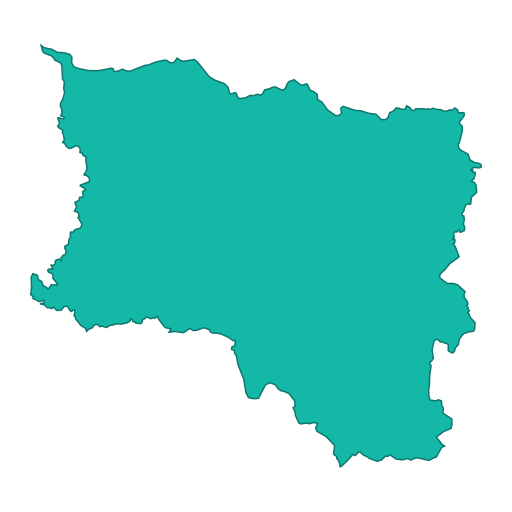 the district of Miarinarivo, Itasy, Madagascar
{"feature_id": "10022922B79563685419763", "entity_name": "Miarinarivo", "entity_type": "district", "adm_level": 2, "iso_a3": "MDG", "parent_name": "Madagascar", "parent_adm1": "Itasy", "projection": "mercator", "projection_center": [46.919, -18.928], "detail": "fine", "context": "isolated", "style": "filled", "palette": "teal", "viewbox_px": 512, "rotation_deg": 0, "n_neighbors": 0, "source": "geoboundaries", "source_scale": "gbopen_adm2", "svg_char_len": 5888}
<svg xmlns="http://www.w3.org/2000/svg" viewBox="0 0 512 512"><path d="M410.7,460.1L414.9,458.2L417.6,457.8L429.0,460.4L434.2,457.6L436.1,457.3L441.7,447.4L444.5,446.1L441.9,444.2L436.3,437.1L443.5,431.6L451.0,428.4L452.0,424.5L451.8,419.0L442.8,413.0L443.4,408.2L441.6,404.9L441.5,400.9L438.3,399.8L435.9,400.9L430.7,400.2L429.9,399.7L428.9,396.0L428.6,389.7L429.4,385.7L429.7,375.0L431.1,365.9L429.7,363.2L429.8,362.2L431.6,361.1L433.3,358.2L432.1,349.7L434.1,340.8L436.4,339.3L438.1,339.7L440.3,342.1L442.8,341.8L443.9,342.8L448.3,344.2L448.2,350.3L449.0,351.4L452.4,353.0L454.4,351.5L455.1,348.2L458.2,344.7L459.3,339.2L462.3,335.1L463.9,333.6L469.4,331.7L473.1,331.4L474.5,329.7L475.1,322.7L470.5,317.8L468.7,313.4L467.5,312.7L469.3,310.8L468.0,309.0L468.3,307.6L466.5,306.2L467.8,304.3L467.5,302.0L464.2,297.2L464.0,294.0L465.2,291.8L457.4,284.7L453.2,283.4L447.4,283.5L440.3,278.3L439.5,277.1L440.3,273.9L444.7,269.9L449.9,263.5L459.1,256.8L455.2,246.5L453.3,244.4L453.5,243.7L454.4,243.5L455.1,240.4L454.5,239.0L452.8,239.2L454.4,236.6L453.6,234.7L453.7,232.9L454.3,232.1L457.2,231.8L458.1,230.1L459.6,230.3L459.6,231.9L460.6,232.3L464.3,230.6L464.8,227.6L463.4,224.1L464.4,219.0L463.7,215.8L462.1,215.7L462.0,213.2L464.0,210.8L464.2,208.2L466.0,204.8L468.0,203.7L469.7,204.5L470.7,203.8L471.5,197.1L476.6,192.4L476.2,185.6L474.3,182.3L472.0,181.9L472.0,180.2L473.9,179.0L475.3,173.9L475.1,172.4L472.8,172.2L472.7,170.2L471.6,171.0L470.8,170.1L473.4,167.4L479.1,167.9L481.0,167.3L481.3,166.2L481.0,164.6L479.4,163.5L474.4,162.5L470.0,159.8L468.0,154.1L460.2,149.9L458.5,147.1L458.2,143.7L459.3,143.0L462.4,130.5L462.2,126.8L461.7,125.5L459.7,123.8L459.3,122.2L464.1,115.8L464.3,113.3L462.9,112.6L458.5,112.9L457.6,109.9L454.9,108.0L452.6,109.9L448.9,110.1L446.7,111.2L443.4,111.0L440.6,109.6L435.9,109.3L433.4,108.2L429.9,109.4L427.9,108.8L427.0,109.4L422.8,108.7L415.5,108.9L414.8,110.3L413.4,110.7L411.2,109.7L410.0,107.7L406.7,105.8L404.9,109.5L400.6,109.1L398.6,108.0L396.5,108.5L396.2,107.9L392.8,111.5L389.8,112.5L387.8,117.9L384.9,119.8L381.2,119.5L376.0,114.3L368.4,113.2L360.6,110.7L355.2,110.4L343.0,106.3L340.7,108.2L341.5,112.5L341.1,113.8L338.9,115.3L335.8,115.7L327.5,109.9L321.8,101.9L317.7,99.6L317.1,94.3L313.5,91.5L310.0,90.2L307.5,84.5L306.1,83.9L302.8,85.1L300.8,85.0L294.1,79.7L289.0,81.6L287.6,83.2L285.3,88.3L283.7,90.0L281.4,89.8L275.4,87.0L272.4,87.2L269.7,88.7L264.7,89.8L262.4,94.0L261.3,94.6L259.8,95.0L257.4,94.2L253.9,95.6L249.8,95.5L245.4,97.9L239.7,98.6L237.7,97.6L236.2,93.2L235.1,92.6L231.5,93.9L229.7,93.5L228.1,87.4L224.5,83.7L214.7,80.1L209.1,76.6L197.3,61.8L194.3,59.5L183.3,61.3L180.6,60.4L177.2,58.1L174.7,61.5L172.5,63.0L170.6,62.9L166.0,60.1L163.4,60.3L155.9,62.0L148.2,65.0L144.9,65.4L130.0,71.2L125.9,70.8L122.4,69.2L118.2,71.1L113.8,71.6L113.3,69.0L111.8,68.2L98.0,70.7L88.7,70.6L79.8,68.8L74.9,67.2L73.4,66.0L71.6,62.7L71.9,57.2L69.8,54.4L64.9,52.9L57.3,52.3L51.9,49.3L44.0,47.7L41.1,45.4L42.6,50.9L43.8,52.8L51.4,55.9L53.1,57.2L55.0,60.3L60.2,62.6L61.8,65.2L62.5,78.9L64.4,81.9L63.7,88.1L64.6,92.8L62.6,99.7L60.7,102.9L60.3,106.3L61.4,108.2L62.0,112.2L60.8,115.8L63.4,116.7L64.4,117.8L62.7,119.1L59.1,117.6L57.7,118.1L59.4,122.8L59.1,124.4L57.6,126.1L59.3,128.1L62.9,130.2L62.3,132.5L63.4,134.1L64.3,139.9L62.7,142.6L64.7,143.2L66.0,146.1L69.3,148.5L71.2,148.2L75.5,146.0L77.9,145.9L80.3,148.9L79.9,152.5L82.7,153.3L82.9,155.1L86.5,157.5L85.7,159.7L87.1,168.5L85.9,171.8L84.0,174.5L84.6,175.3L86.1,175.0L88.4,177.1L89.3,178.3L89.5,180.3L89.3,181.6L80.4,185.1L80.2,185.9L84.7,188.4L85.2,189.8L82.5,191.8L83.2,196.4L82.5,197.2L79.7,197.3L78.9,200.4L74.9,202.4L76.5,207.1L74.4,211.1L78.1,212.4L79.2,216.6L78.0,217.5L81.7,223.7L81.6,225.7L80.4,228.1L75.1,229.6L72.6,232.4L70.7,232.0L70.3,232.6L70.4,237.4L69.1,238.9L68.4,244.4L65.0,246.1L64.7,248.0L66.0,250.6L65.9,253.0L64.7,254.9L62.9,255.3L62.0,257.1L61.0,257.6L61.3,260.7L58.9,259.1L56.1,260.0L55.4,260.8L55.2,263.9L53.5,265.3L51.1,265.1L52.8,269.0L49.1,269.0L47.7,270.2L48.5,272.2L51.9,273.4L53.0,275.2L52.9,278.3L57.3,283.7L57.3,284.8L54.7,284.7L52.9,285.4L51.4,284.5L48.5,288.8L47.6,288.8L46.7,287.5L43.2,285.5L41.7,281.5L38.1,279.4L37.4,275.2L32.9,273.7L31.2,277.2L31.6,287.4L30.7,294.6L33.4,296.9L32.9,298.3L33.4,298.9L35.5,299.4L38.8,301.6L43.9,300.3L43.9,303.2L40.6,303.5L40.5,304.0L44.4,304.8L47.5,307.8L50.0,307.8L51.9,308.7L53.4,306.8L56.6,310.4L61.1,310.3L63.8,306.9L65.6,306.2L67.7,306.4L69.6,310.1L71.4,311.5L74.1,309.4L74.7,309.7L74.8,313.2L74.0,315.4L75.4,317.2L75.6,318.9L81.1,325.7L85.5,328.2L86.6,331.4L88.7,329.3L92.7,327.6L93.7,325.3L96.0,324.5L97.6,324.5L99.8,326.7L101.8,326.1L106.7,327.5L109.2,325.7L114.9,324.5L115.9,323.8L121.5,324.1L127.3,322.8L129.8,321.2L131.1,318.7L132.3,319.6L132.7,321.5L134.7,321.8L135.6,323.0L140.4,323.7L142.3,322.1L142.2,320.2L145.3,318.3L146.2,316.7L150.7,318.7L152.9,317.9L154.7,318.4L157.3,316.1L158.6,319.1L164.5,326.9L166.0,327.9L171.0,328.7L169.0,332.2L175.4,331.5L183.5,332.7L189.4,328.8L190.3,328.7L193.3,330.6L196.7,330.3L203.8,327.7L209.1,329.6L210.4,331.9L212.5,333.0L218.1,333.3L222.4,334.5L229.0,337.6L232.9,340.6L235.3,340.4L234.8,346.0L232.1,346.8L231.4,348.9L231.7,349.6L233.6,349.8L234.4,350.9L234.6,353.0L236.4,356.0L238.0,364.5L243.8,379.4L245.9,392.3L248.2,397.2L249.1,397.9L254.1,398.7L258.5,398.3L265.5,384.8L270.0,382.7L275.4,384.8L278.2,388.8L280.8,390.7L284.7,391.6L289.2,393.7L294.8,401.2L295.0,406.1L293.1,407.7L295.2,412.5L295.3,415.0L298.9,423.0L300.5,423.9L306.4,423.1L309.3,423.7L314.2,422.5L317.5,423.4L315.7,428.3L317.1,431.4L326.2,436.6L334.6,445.5L333.6,454.3L336.9,456.6L336.7,458.7L337.9,459.5L339.7,463.5L340.0,466.6L341.4,466.3L346.4,461.6L352.9,454.5L355.2,455.6L358.8,451.9L359.9,452.0L363.6,455.2L367.4,456.8L369.2,458.4L377.3,461.3L381.6,459.9L385.3,456.2L388.5,456.1L389.9,454.7L395.9,459.0L402.3,459.9L407.6,458.5L410.7,460.1Z" fill="#14b8a6" stroke="#0f766e" stroke-width="1.5"/></svg>